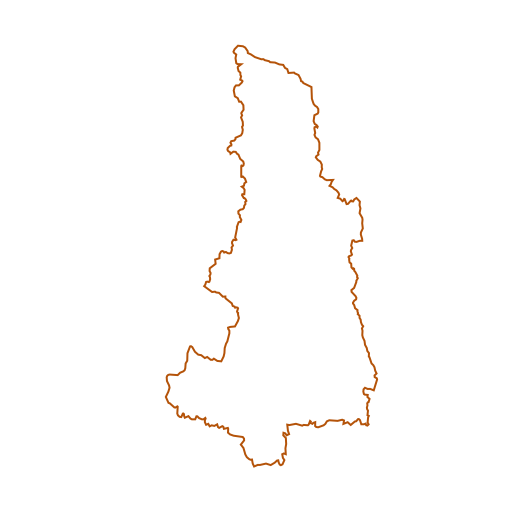 Ikongo, Vatovavy-Fitovinany, Madagascar, rotated 351°
{"feature_id": "10022922B6018255004858", "entity_name": "Ikongo", "entity_type": "district", "adm_level": 2, "iso_a3": "MDG", "parent_name": "Madagascar", "parent_adm1": "Vatovavy-Fitovinany", "projection": "natural_earth1", "projection_center": [47.46, -21.855], "detail": "fine", "context": "isolated", "style": "outline", "palette": "amber", "viewbox_px": 512, "rotation_deg": 351, "n_neighbors": 0, "source": "geoboundaries", "source_scale": "gbopen_adm2", "svg_char_len": 6116}
<svg xmlns="http://www.w3.org/2000/svg" viewBox="0 0 512 512"><g transform="rotate(351 256 256)"><path d="M144.9,381.1L146.6,387.4L147.8,388.0L151.7,392.8L152.7,393.1L154.8,392.2L155.1,392.6L153.6,399.3L154.0,401.2L155.4,402.9L157.0,403.4L159.1,400.2L159.6,400.2L160.1,400.9L160.0,402.9L160.4,404.6L164.2,403.6L165.8,406.3L167.1,407.3L170.4,407.8L172.1,405.0L173.0,405.2L174.4,407.2L177.1,408.9L178.5,409.1L180.6,408.0L180.8,408.7L179.9,410.1L179.5,412.1L180.3,414.9L182.6,414.3L183.6,417.0L185.7,416.3L188.3,417.3L191.3,416.2L191.7,419.0L192.7,420.0L196.1,418.8L197.0,419.5L197.3,421.7L201.3,421.4L201.5,422.3L200.7,426.1L202.5,428.2L205.8,430.0L214.6,432.7L215.6,434.5L215.4,436.3L211.5,439.9L213.6,443.7L214.4,450.3L215.5,453.3L217.5,455.6L218.8,456.4L220.2,456.4L220.3,460.5L221.2,463.6L225.1,462.6L227.2,463.0L233.4,462.6L237.8,464.8L242.1,463.1L244.8,461.3L246.0,461.3L246.1,463.5L246.8,465.7L247.8,466.5L249.6,465.9L252.1,462.0L251.0,459.6L250.9,455.9L252.6,455.4L254.4,456.4L255.0,450.5L256.4,446.4L257.0,440.5L254.9,437.4L255.5,434.9L257.2,435.8L258.2,437.9L260.8,437.1L260.2,433.5L260.5,427.5L262.5,428.2L269.2,428.0L275.1,430.8L276.6,430.3L280.8,431.3L281.7,430.7L283.6,427.4L284.2,428.1L283.3,429.3L285.5,430.6L286.4,429.8L288.5,429.4L287.8,433.2L288.7,434.3L290.6,434.9L296.3,433.8L298.2,432.7L300.1,430.4L302.7,429.7L310.8,431.6L315.5,431.2L317.2,432.2L316.1,435.5L320.5,434.5L323.1,437.7L327.8,434.9L329.1,434.9L331.2,433.1L332.0,433.1L333.0,434.3L333.7,438.7L336.3,439.1L338.0,438.7L338.4,440.4L339.5,440.9L340.9,439.9L340.2,437.9L341.5,432.9L342.4,431.6L341.2,430.7L342.4,426.3L341.8,424.6L341.8,423.1L342.7,421.0L342.8,418.9L343.6,418.0L344.3,418.0L345.8,414.9L344.0,412.7L344.6,410.7L341.7,409.9L341.0,409.2L340.8,406.7L341.4,404.5L343.0,403.2L345.5,404.8L347.9,405.1L351.3,407.1L356.3,396.9L356.2,395.7L354.3,394.2L354.4,392.5L356.7,390.9L355.8,387.9L355.6,384.4L354.8,382.2L353.3,380.2L352.2,373.6L351.7,373.0L352.4,369.6L351.1,367.2L351.0,364.2L349.8,360.8L349.9,356.8L348.8,353.1L348.6,350.8L349.5,346.5L349.3,344.1L350.9,342.1L349.9,340.5L349.3,337.8L349.4,335.2L348.6,333.4L348.9,331.2L347.4,329.3L347.9,328.4L347.5,326.8L347.8,325.3L345.7,323.1L345.3,319.8L344.4,318.1L344.5,317.3L346.0,315.5L348.1,314.5L348.6,313.0L348.1,311.3L344.8,306.4L344.9,304.6L347.9,302.9L351.0,297.4L351.2,296.2L353.1,293.8L352.5,292.6L353.0,291.3L351.6,287.3L350.7,285.9L350.9,284.0L350.3,283.4L349.6,283.8L348.5,282.2L348.8,278.4L347.4,277.0L347.4,274.2L347.8,273.3L347.2,271.5L347.8,270.8L350.2,270.3L351.0,269.7L350.4,266.2L350.8,265.0L352.3,263.2L351.6,260.7L353.6,255.8L355.0,255.7L355.8,257.3L357.5,257.8L360.9,257.2L363.3,257.6L363.5,255.7L362.9,251.2L363.3,249.2L365.8,245.5L366.0,240.3L366.9,236.8L366.9,234.9L365.0,229.9L366.6,225.3L366.2,222.0L367.1,218.5L364.3,214.4L361.9,215.5L360.5,217.3L359.4,217.1L358.9,216.2L358.3,216.2L355.0,218.9L353.6,218.9L352.5,213.7L352.0,213.4L351.0,214.9L350.0,215.4L348.2,212.6L345.8,211.4L347.8,208.2L347.3,206.3L345.7,203.7L343.7,202.0L342.4,200.1L339.6,198.2L341.2,196.7L342.2,194.7L343.9,192.9L337.8,192.2L335.9,191.0L333.9,188.5L332.1,187.7L331.7,186.9L333.6,182.5L335.0,180.4L334.8,178.7L335.3,176.0L334.3,172.8L332.0,170.7L330.5,167.9L331.1,166.9L333.6,165.6L333.4,163.7L335.2,161.2L336.3,154.1L335.5,150.4L333.4,148.2L332.7,145.5L333.7,143.8L333.6,139.2L334.0,138.0L335.7,137.6L336.7,138.7L337.2,137.8L336.2,136.0L334.7,134.8L334.0,131.8L335.7,126.1L339.2,125.0L340.0,123.9L340.5,120.6L339.6,118.4L337.8,116.7L336.7,114.8L336.2,112.0L335.8,109.4L337.2,97.8L329.8,92.6L329.1,91.0L327.9,90.4L327.7,87.9L326.3,83.9L322.9,81.7L322.3,80.8L316.7,80.3L316.1,76.3L314.1,74.8L312.8,71.5L309.0,70.4L305.0,67.9L300.3,66.8L299.3,65.6L295.2,63.9L294.2,62.8L292.0,62.5L286.1,59.4L282.4,56.0L279.7,54.3L279.8,52.3L277.9,48.4L275.9,46.8L271.1,45.5L267.2,48.4L265.7,50.7L266.0,51.8L268.0,53.9L266.7,57.4L266.7,62.5L267.8,63.6L271.4,64.3L267.7,66.3L267.4,67.3L267.7,70.6L269.2,72.4L268.9,74.9L269.4,76.2L268.0,79.4L269.9,80.7L270.0,81.3L269.1,82.5L265.8,84.8L262.9,84.4L261.2,86.0L259.9,89.1L260.1,95.0L262.7,97.3L263.5,101.0L265.3,101.2L267.1,105.1L266.6,109.6L264.0,112.3L263.8,112.9L264.3,114.9L262.9,116.8L263.9,121.4L263.5,125.1L262.4,126.3L262.7,129.3L261.6,132.6L260.0,134.5L254.3,136.0L253.9,137.5L252.6,138.6L249.5,138.7L248.5,140.1L249.2,141.9L248.9,143.0L247.6,143.1L245.0,144.9L244.4,146.6L244.9,148.0L246.7,149.6L246.8,151.1L249.9,149.4L252.3,150.0L253.2,152.0L254.5,153.1L255.6,157.6L258.2,160.7L258.4,162.8L257.8,164.5L256.9,165.1L255.8,164.4L255.5,164.8L253.8,175.5L254.4,175.8L255.4,175.4L257.2,177.8L257.9,181.4L255.9,182.4L255.1,184.7L252.8,185.3L254.4,187.0L255.1,188.9L254.1,193.1L252.2,192.8L251.7,193.7L253.0,196.9L253.7,197.0L254.7,198.5L255.1,200.1L253.8,200.9L253.7,203.1L252.3,204.4L251.6,206.6L250.2,207.7L247.8,207.8L245.5,209.1L245.3,211.4L246.5,213.2L246.1,214.9L247.2,218.1L246.1,220.0L245.2,219.6L244.1,219.9L241.6,224.4L241.7,225.3L238.3,234.5L239.2,236.9L238.4,237.2L236.3,236.4L234.6,238.3L234.3,239.5L234.9,242.1L233.2,243.7L233.2,246.1L231.7,249.0L230.1,249.3L228.4,248.7L226.9,247.3L225.1,247.6L224.7,246.5L223.4,245.8L222.1,246.2L220.3,248.5L219.5,252.5L215.1,253.1L214.9,257.4L208.4,260.9L207.8,263.6L208.5,265.7L208.0,267.2L206.8,268.5L207.2,269.5L207.1,271.7L206.0,274.0L205.4,274.4L203.9,273.7L202.7,273.8L201.4,276.4L200.1,277.7L207.0,284.7L209.9,284.8L211.0,285.8L213.7,286.6L216.9,291.0L219.4,291.2L219.2,292.7L219.7,293.5L224.7,299.0L225.2,301.7L227.0,302.7L227.3,303.8L228.7,303.7L229.8,304.2L230.1,304.9L228.6,307.8L228.9,309.1L229.4,309.4L229.1,311.2L229.4,314.6L227.9,317.5L224.2,322.3L219.3,322.0L217.2,322.4L217.2,323.8L218.0,325.6L217.6,328.2L214.3,335.9L212.7,337.9L210.7,342.0L209.6,347.0L208.3,350.2L205.2,354.6L201.4,353.6L198.3,350.8L196.8,351.7L195.0,351.4L192.0,348.1L189.5,348.8L186.4,345.4L183.5,344.4L180.7,341.0L178.8,336.0L177.6,334.9L176.7,335.0L173.1,341.3L171.7,348.7L169.7,351.1L168.6,355.8L167.6,357.7L166.1,358.6L162.8,359.4L160.0,361.4L152.3,359.6L150.8,359.7L149.6,360.4L148.8,361.8L148.5,365.6L149.9,370.2L150.0,372.6L148.2,376.3L144.9,381.1Z" fill="none" stroke="#b45309" stroke-width="2"/></g></svg>